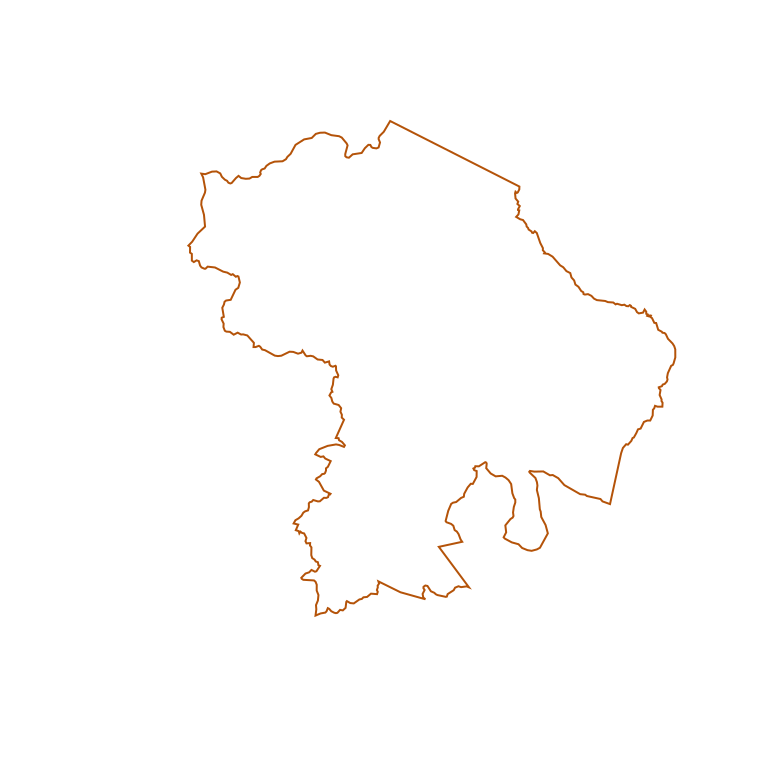 the district of San Carlos, Alajuela, Costa Rica, rotated 297°
{"feature_id": "36466004B93009353653886", "entity_name": "San Carlos", "entity_type": "district", "adm_level": 2, "iso_a3": "CRI", "parent_name": "Costa Rica", "parent_adm1": "Alajuela", "projection": "orthographic", "projection_center": [-84.486, 10.62], "detail": "fine", "context": "isolated", "style": "outline", "palette": "amber", "viewbox_px": 768, "rotation_deg": 297, "n_neighbors": 0, "source": "geoboundaries", "source_scale": "gbopen_adm2", "svg_char_len": 6166}
<svg xmlns="http://www.w3.org/2000/svg" viewBox="0 0 768 768"><g transform="rotate(297 384 384)"><path d="M621.1,270.1L608.6,269.3L603.1,267.5L600.9,267.5L599.7,268.1L597.4,270.8L592.3,271.8L590.5,270.3L589.3,266.8L589.4,265.3L590.8,263.3L590.0,261.5L585.4,259.9L579.7,259.2L574.4,251.8L569.7,250.0L569.0,247.7L569.4,246.1L571.2,245.1L580.1,243.2L581.4,241.5L584.4,234.5L584.4,231.5L581.8,224.1L581.2,217.2L578.8,212.9L575.9,209.7L570.4,207.9L565.7,201.8L556.9,196.6L546.7,196.3L542.5,194.8L539.8,194.6L536.4,192.5L532.4,185.5L528.7,182.1L525.0,180.2L521.8,179.8L520.0,178.0L518.7,177.4L516.3,177.6L515.2,178.8L512.9,178.5L511.2,177.5L508.7,172.6L506.0,170.9L504.1,167.7L502.7,163.3L503.4,159.9L500.3,158.6L493.9,157.0L492.9,156.0L492.7,154.0L493.8,151.9L493.8,149.5L495.0,145.5L497.3,142.5L497.4,138.3L495.1,134.3L489.8,129.5L488.5,125.7L486.0,129.0L476.0,136.7L473.2,137.6L464.5,138.2L460.7,139.8L453.0,146.8L443.0,153.1L433.3,149.6L423.7,148.5L418.5,146.9L418.1,149.0L413.0,151.5L412.7,153.7L406.7,156.8L406.3,159.2L409.1,160.9L409.4,163.2L406.0,166.4L405.0,168.5L405.2,171.7L405.7,172.6L408.5,173.6L411.1,180.5L411.1,189.7L412.1,193.8L411.8,198.3L413.2,199.4L412.3,203.3L413.6,204.3L413.7,205.5L409.0,209.5L403.5,210.5L400.6,208.9L389.4,209.2L386.7,205.4L384.9,204.6L382.1,205.3L378.5,205.3L371.1,210.8L369.4,209.3L367.9,209.9L365.0,213.7L361.8,215.1L359.2,218.0L359.1,219.7L360.5,223.0L359.7,227.7L363.3,230.3L363.2,234.2L364.3,236.0L365.2,240.2L361.6,249.4L357.7,251.0L358.6,252.8L361.2,255.2L361.0,256.8L359.4,259.8L360.1,262.6L359.7,273.8L360.7,276.8L362.6,279.7L369.9,285.2L371.4,288.6L372.0,293.6L374.4,296.2L376.8,296.2L373.9,301.2L373.7,302.7L375.8,305.8L376.5,308.4L375.7,313.7L377.5,318.3L376.2,321.6L379.2,324.8L376.6,326.7L375.9,328.6L376.2,330.6L378.2,332.5L377.9,333.2L374.3,335.2L371.0,339.3L368.9,339.7L368.4,337.5L367.2,336.5L365.9,336.6L360.1,338.8L355.5,339.4L353.6,341.6L352.5,340.7L349.0,340.6L347.7,343.4L344.9,345.9L343.7,348.1L344.7,353.1L343.0,356.8L339.5,357.8L337.5,360.4L334.9,361.6L334.0,364.6L314.0,365.6L315.1,368.1L313.5,369.5L313.3,372.9L311.6,377.0L309.8,376.9L309.3,371.7L308.4,368.7L303.3,361.9L296.5,355.9L291.7,354.8L290.1,354.7L290.3,360.7L292.0,362.9L290.9,365.5L291.1,371.5L284.7,371.6L282.5,370.6L280.6,371.6L277.9,371.9L276.9,371.5L275.6,369.8L272.8,369.0L269.3,366.7L268.0,366.7L267.3,370.5L261.7,378.8L261.9,386.2L260.9,386.0L260.5,385.0L257.8,385.5L256.4,384.4L255.3,382.1L250.4,380.1L249.4,378.5L248.5,373.6L246.3,373.0L244.9,371.5L243.5,371.2L240.2,373.0L236.9,373.7L234.7,371.5L232.7,370.5L229.1,370.3L225.5,368.9L222.4,366.9L218.7,366.8L219.8,371.4L213.7,371.8L214.2,374.8L212.5,376.4L214.5,376.6L214.1,378.6L214.6,380.7L211.6,384.8L208.3,385.4L206.8,387.3L208.7,390.4L206.5,391.4L205.5,393.5L198.5,396.9L196.3,399.1L196.0,401.9L194.9,403.7L195.2,406.0L192.8,407.8L192.9,409.5L186.5,408.8L185.4,407.7L185.4,403.8L182.2,402.8L179.5,400.1L173.8,398.3L173.1,399.1L172.9,401.0L177.2,410.8L176.7,412.8L174.6,415.2L169.4,417.8L166.2,421.4L161.1,423.4L156.1,423.8L152.5,426.0L146.6,428.1L150.8,431.7L153.7,435.5L155.3,436.0L158.8,435.7L158.8,437.2L157.6,440.2L157.6,443.5L158.0,445.2L159.0,446.4L162.8,447.4L163.6,450.1L167.1,451.4L172.8,449.3L173.7,449.5L173.5,453.4L174.8,456.7L180.9,459.9L182.4,461.8L184.6,462.5L186.6,465.6L191.3,467.6L193.6,473.2L196.0,472.8L197.2,471.2L200.0,470.8L201.4,469.9L204.0,470.2L205.6,468.6L205.9,493.2L211.0,518.6L211.6,515.9L214.5,513.7L218.9,513.7L220.0,511.8L221.3,511.3L223.2,512.3L223.8,514.4L220.6,519.9L220.8,523.7L220.2,525.5L220.2,527.4L222.4,535.7L223.1,536.5L225.7,536.1L231.9,539.7L234.8,539.8L237.6,542.2L238.0,544.9L241.2,549.5L241.4,552.0L263.8,506.8L278.9,525.3L280.2,522.9L284.1,518.6L285.6,515.9L285.9,513.3L289.2,510.1L289.8,507.3L289.2,502.4L289.9,501.1L300.2,498.8L307.7,498.3L309.6,499.4L311.6,501.9L317.5,504.4L319.8,506.3L322.6,505.3L329.8,505.5L334.5,506.6L335.3,508.5L343.2,508.7L348.5,506.1L348.2,503.5L349.3,502.0L350.7,503.0L352.2,502.7L353.7,505.9L360.3,509.7L360.4,510.8L359.6,511.7L355.4,513.3L352.7,519.7L352.4,525.4L355.9,531.0L355.8,534.7L354.9,538.6L352.6,542.7L344.9,548.0L341.4,551.8L340.7,553.4L338.0,554.8L333.4,555.5L328.1,557.3L325.2,559.3L323.4,559.3L321.1,558.0L313.1,556.3L307.3,560.2L301.7,560.2L301.1,561.9L300.9,569.8L302.3,576.6L300.6,581.5L301.1,587.3L302.4,591.3L306.0,595.3L308.9,597.3L325.3,597.8L331.7,592.0L336.9,584.5L341.5,581.5L343.0,579.8L352.6,573.8L359.0,568.3L363.2,566.8L366.0,564.8L369.0,561.6L371.2,554.1L371.7,553.3L372.8,553.5L374.2,557.8L378.4,565.6L378.0,573.3L379.5,575.7L379.2,582.0L375.8,590.6L374.9,608.8L376.7,613.5L376.3,615.6L379.8,629.1L378.6,632.0L379.6,639.9L430.0,626.7L435.5,625.9L440.3,627.1L440.7,628.9L445.6,630.2L448.7,630.0L449.8,630.9L454.7,631.1L458.9,630.9L460.8,632.9L468.2,632.8L471.0,635.2L472.3,637.8L477.9,637.7L483.1,635.3L485.0,635.8L487.6,635.4L488.0,638.1L490.2,642.3L493.8,640.7L494.8,639.0L496.3,638.3L499.3,634.6L504.2,633.1L505.1,630.8L505.8,630.3L508.2,632.6L510.0,632.6L511.6,634.1L514.7,634.9L516.7,634.6L518.4,633.2L522.5,632.0L530.6,631.6L532.1,632.7L533.6,632.7L539.9,631.5L547.1,627.8L549.5,625.4L551.1,622.7L553.2,616.5L556.3,612.5L556.8,610.8L556.1,608.8L556.7,607.8L556.8,603.7L561.9,598.8L561.2,597.1L564.4,592.9L564.7,590.8L566.1,590.8L565.9,589.9L564.5,589.2L564.2,587.5L565.7,587.5L565.6,585.8L567.5,584.8L568.7,582.4L565.2,582.4L562.6,579.0L562.9,576.8L565.0,573.7L564.9,569.2L565.8,568.5L565.9,567.2L564.2,566.4L563.5,564.6L563.8,562.2L562.2,560.1L561.3,555.2L560.1,554.2L560.7,551.3L558.6,546.3L558.4,543.4L555.4,535.6L555.4,532.4L556.7,528.8L556.7,525.0L554.9,522.4L554.7,521.0L556.2,519.9L556.4,517.5L558.9,513.1L559.5,509.4L562.6,506.4L564.0,502.7L567.4,499.6L567.4,495.3L569.4,490.7L569.7,487.1L574.0,476.4L574.4,471.2L573.1,467.4L574.3,467.5L575.3,464.8L577.2,463.9L580.6,459.2L587.9,451.6L588.6,449.0L586.3,448.4L586.0,447.3L586.9,446.2L587.3,442.7L588.4,441.6L589.1,439.6L590.8,438.3L593.2,433.4L592.6,430.5L592.9,425.9L596.1,426.8L600.1,425.7L599.8,424.5L600.4,424.1L604.2,424.2L605.0,421.1L607.4,420.8L609.0,417.0L613.4,414.2L615.0,413.9L614.5,415.6L615.4,416.2L618.8,416.2L621.4,415.0L621.1,270.1Z" fill="none" stroke="#b45309" stroke-width="2"/></g></svg>